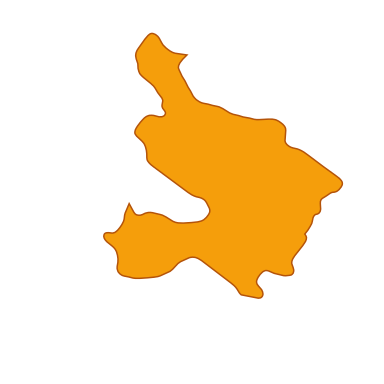 Jamao al Norte, Espaillat, Dominican Republic, rotated 127°
{"feature_id": "3306468B95520457943603", "entity_name": "Jamao al Norte", "entity_type": "district", "adm_level": 2, "iso_a3": "DOM", "parent_name": "Dominican Republic", "parent_adm1": "Espaillat", "projection": "natural_earth1", "projection_center": [-70.445, 19.588], "detail": "fine", "context": "isolated", "style": "filled", "palette": "amber", "viewbox_px": 384, "rotation_deg": 127, "n_neighbors": 0, "source": "geoboundaries", "source_scale": "gbopen_adm2", "svg_char_len": 3729}
<svg xmlns="http://www.w3.org/2000/svg" viewBox="0 0 384 384"><g transform="rotate(127 192 192)"><path d="M244.5,90.8L236.9,75.2L235.6,73.8L234.7,73.3L233.8,73.1L232.8,73.1L231.8,73.4L230.8,73.9L229.2,75.6L228.1,77.7L227.1,82.4L226.4,84.6L225.7,85.6L224.9,86.4L223.9,87.0L222.8,87.4L220.4,87.9L216.8,88.0L213.2,87.5L211.1,86.5L210.2,85.7L209.5,84.6L209.0,83.5L207.5,77.4L203.7,68.6L202.6,66.9L199.8,63.9L198.5,62.8L197.6,62.5L195.8,62.4L193.9,63.2L193.0,63.9L191.6,65.6L189.4,68.9L188.8,69.6L186.9,70.7L184.7,71.3L181.0,71.6L168.1,71.3L163.2,71.6L161.1,72.2L159.3,73.3L158.3,74.9L157.7,76.6L153.0,76.5L148.5,76.9L145.2,77.4L143.2,78.2L139.8,79.8L138.1,80.2L136.4,80.1L135.6,79.8L134.0,78.5L132.6,77.9L130.9,77.9L130.0,78.1L128.2,79.0L124.1,82.5L122.4,83.7L120.5,84.3L118.8,84.1L114.4,82.4L109.6,80.8L108.0,79.9L106.2,78.0L104.6,76.9L103.6,76.5L101.5,76.0L98.2,75.9L96.0,76.3L95.0,76.8L94.1,77.6L93.4,78.6L93.0,79.7L92.5,82.1L92.4,85.9L92.7,102.6L92.7,120.9L92.8,126.4L93.1,129.1L93.6,131.7L94.3,134.0L96.1,138.0L96.8,140.1L97.1,142.4L97.0,144.7L96.4,146.8L95.8,147.7L95.2,148.5L86.4,154.2L84.9,155.6L84.3,156.6L83.8,157.7L83.3,160.1L83.2,162.8L83.3,165.4L83.8,168.1L84.3,169.4L85.5,171.7L87.8,174.8L93.6,181.7L95.2,183.8L96.5,186.0L98.3,190.4L101.3,196.3L102.9,200.8L105.2,205.9L106.2,209.6L106.9,217.7L107.7,221.6L108.6,223.7L110.5,227.7L112.2,232.1L114.2,236.1L115.0,238.1L115.5,240.5L115.7,244.2L115.3,246.7L114.7,248.9L112.3,253.9L110.6,258.3L107.6,264.3L105.5,269.7L102.5,275.3L101.5,277.0L100.8,277.8L99.0,278.8L96.0,279.4L91.5,279.3L85.6,278.5L91.4,289.1L92.2,291.5L92.6,294.2L92.7,296.9L92.6,299.7L92.0,303.7L91.1,306.0L88.9,310.8L88.3,313.0L88.2,315.3L88.3,316.4L88.9,318.5L89.5,319.5L90.4,320.3L91.4,320.8L93.5,321.3L98.2,321.6L109.5,321.3L112.0,321.1L114.3,320.5L115.4,320.0L117.2,318.9L119.3,316.6L122.1,312.5L125.8,309.4L127.7,307.0L128.8,305.1L129.2,303.8L129.6,301.3L129.8,298.6L130.1,290.5L130.5,286.5L131.2,284.1L133.3,279.0L135.1,272.6L136.1,270.9L136.8,270.2L140.7,268.2L141.9,267.2L142.8,265.7L143.8,262.3L144.2,261.5L144.8,260.8L145.6,260.3L146.5,260.1L147.4,260.1L148.4,260.3L150.0,261.3L151.8,263.6L153.9,268.6L155.0,270.4L156.4,272.1L157.3,272.8L159.2,273.9L161.5,274.6L163.9,274.9L167.5,275.2L172.2,275.2L174.5,275.0L176.6,274.6L178.5,273.7L179.4,273.0L180.0,272.0L180.7,269.8L181.5,262.3L182.1,259.7L182.6,258.6L183.8,256.5L186.1,253.6L188.6,251.2L191.8,248.7L193.2,247.3L193.8,246.3L194.5,244.0L194.9,241.5L195.0,237.4L194.7,194.8L194.4,190.6L193.9,188.0L193.2,185.7L191.9,182.8L191.2,180.7L190.9,178.4L190.9,177.2L191.1,176.0L191.8,173.9L194.5,168.4L195.8,166.8L196.8,166.1L197.9,165.6L200.1,165.2L203.6,165.2L207.2,165.9L209.4,167.0L212.4,169.4L216.9,174.2L222.1,180.3L225.1,184.6L226.2,187.0L226.9,189.6L227.6,197.7L228.3,201.7L229.1,203.8L232.3,211.1L233.4,213.0L234.8,214.7L237.1,216.6L239.8,218.0L241.4,219.1L242.6,220.5L243.5,222.3L243.7,223.3L243.7,224.3L243.2,226.2L239.1,235.2L249.0,232.7L251.0,231.9L254.6,229.8L256.7,229.0L260.2,228.4L263.8,228.2L267.4,228.4L269.6,228.9L270.6,229.2L272.3,230.4L272.9,231.1L274.7,234.2L275.8,235.5L276.5,236.1L277.2,236.5L278.1,236.7L279.1,236.5L279.9,236.1L280.7,235.6L281.9,234.0L282.6,232.0L283.0,229.7L283.2,223.6L283.4,221.1L284.0,218.7L285.1,216.4L287.3,213.5L289.9,210.9L292.7,208.9L296.4,207.0L298.1,205.8L298.8,205.0L300.0,203.3L300.4,202.3L300.8,199.9L300.6,197.5L299.9,195.5L298.0,191.6L296.2,187.3L294.9,185.1L292.5,181.9L287.3,175.9L282.8,171.0L280.0,168.3L278.0,166.9L268.6,161.8L265.4,161.0L257.6,160.2L254.5,159.2L246.2,154.7L245.3,154.0L243.8,152.5L242.6,150.6L242.1,149.6L241.4,147.1L241.0,143.2L241.2,106.2L241.4,102.2L241.8,99.7L242.5,97.4L244.0,93.6L244.3,92.4L244.5,90.8Z" fill="#f59e0b" stroke="#b45309" stroke-width="1.5"/></g></svg>